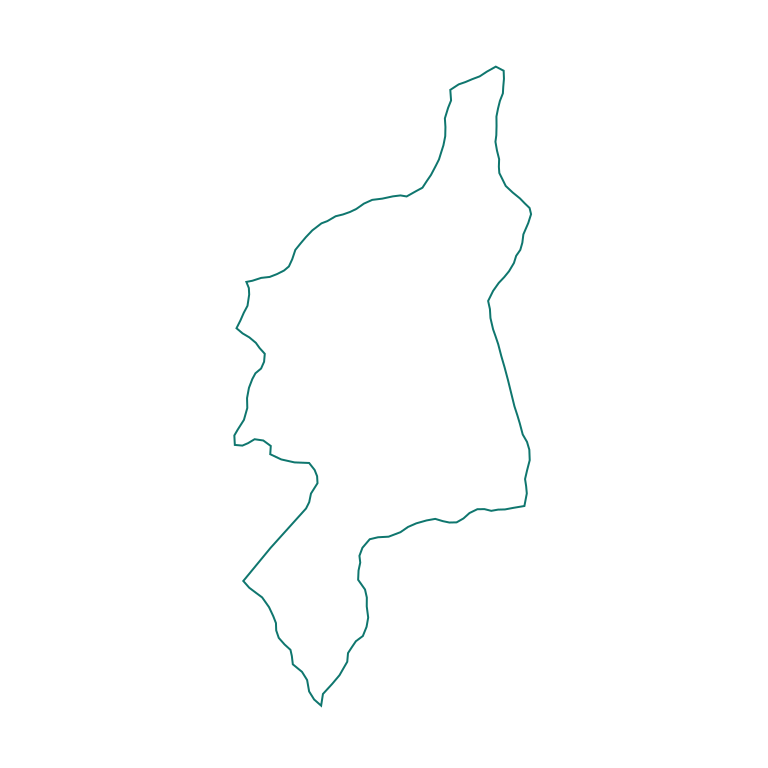 outline of Mirassol, São Paulo, Brazil, rotated 5°
{"feature_id": "56859067B42503050812047", "entity_name": "Mirassol", "entity_type": "district", "adm_level": 2, "iso_a3": "BRA", "parent_name": "Brazil", "parent_adm1": "São Paulo", "projection": "orthographic", "projection_center": [-49.504, -20.829], "detail": "fine", "context": "isolated", "style": "outline", "palette": "teal", "viewbox_px": 768, "rotation_deg": 5, "n_neighbors": 0, "source": "geoboundaries", "source_scale": "gbopen_adm2", "svg_char_len": 2442}
<svg xmlns="http://www.w3.org/2000/svg" viewBox="0 0 768 768"><g transform="rotate(5 384 384)"><path d="M523.7,496.1L534.5,493.3L535.8,480.6L534.5,473.4L532.8,466.4L534.1,457.3L535.8,447.2L534.5,436.8L531.5,429.2L526.6,422.2L522.7,411.4L519.6,403.6L515.9,394.9L507.1,369.1L502.6,356.7L498.4,345.9L494.3,334.4L490.9,326.6L487.9,320.0L484.3,309.0L483.0,300.2L480.5,292.2L484.6,281.7L489.5,273.3L494.5,267.0L498.7,260.8L502.9,252.1L504.5,244.8L508.1,238.5L509.5,231.2L509.8,222.8L513.7,211.0L515.7,202.0L513.7,196.0L508.5,191.8L503.3,187.3L495.5,182.0L488.0,176.1L484.0,169.5L480.5,163.8L479.5,157.6L479.1,150.0L476.2,141.6L473.9,133.0L474.2,126.4L473.6,116.9L472.7,107.8L473.6,99.5L474.8,91.9L477.1,84.1L476.9,77.5L476.9,69.5L475.9,61.5L467.7,58.1L459.2,63.9L452.5,69.2L445.2,72.7L438.8,76.1L432.3,79.0L424.4,85.2L426.1,95.7L423.8,103.3L421.5,114.1L422.8,122.6L423.4,131.8L422.4,141.0L420.7,148.6L419.2,155.5L416.7,161.8L412.6,171.6L409.0,178.0L405.2,185.1L399.4,188.9L390.2,195.2L384.0,194.7L376.5,196.3L366.1,199.5L356.2,201.6L348.2,206.1L341.2,212.0L335.1,215.6L328.3,218.7L321.2,221.1L313.3,226.7L307.7,229.4L299.2,237.2L293.4,244.5L288.8,251.0L284.0,258.1L281.7,267.7L279.0,275.2L274.5,279.7L267.7,283.9L260.8,287.3L252.4,289.0L243.9,292.6L238.0,294.3L241.0,300.2L241.9,306.6L241.2,318.0L238.1,325.3L235.4,333.3L232.2,341.3L238.7,345.9L245.8,349.3L252.8,354.2L257.0,359.1L262.6,364.3L262.6,372.3L260.2,379.3L255.0,384.5L252.4,390.5L249.8,399.6L248.8,410.0L249.9,419.8L247.6,431.9L242.3,442.1L239.4,448.3L240.7,457.7L248.3,457.7L253.7,454.8L259.9,450.3L268.7,450.8L276.6,455.6L276.8,463.9L288.2,468.1L301.7,469.9L316.3,469.2L322.4,475.7L325.4,481.7L326.4,488.6L320.8,499.5L319.8,508.2L317.2,514.8L285.3,557.1L261.0,592.5L267.5,598.7L275.0,603.4L281.2,607.2L288.9,616.3L293.9,624.9L297.2,631.6L298.1,638.9L301.3,646.1L307.6,652.1L314.0,657.0L315.9,663.0L317.6,671.2L327.4,677.9L333.2,685.6L336.2,696.8L341.9,704.4L349.4,709.9L350.2,698.1L358.5,687.3L365.1,677.9L368.1,671.4L371.6,663.9L371.6,655.2L374.9,649.0L378.4,642.7L384.9,636.9L387.8,627.4L388.6,618.0L386.2,607.1L385.5,598.2L383.0,590.4L375.3,581.3L374.9,572.0L375.9,564.0L374.5,557.3L376.8,549.0L383.3,539.9L391.4,537.2L401.9,535.7L413.3,530.2L420.4,524.3L428.3,520.0L438.3,516.2L446.8,513.9L454.6,515.5L461.2,516.3L468.4,515.5L474.9,511.0L480.4,505.1L487.9,500.6L495.0,499.9L501.9,501.0L508.6,499.2L515.5,498.4L523.7,496.1Z" fill="none" stroke="#0f766e" stroke-width="2"/></g></svg>